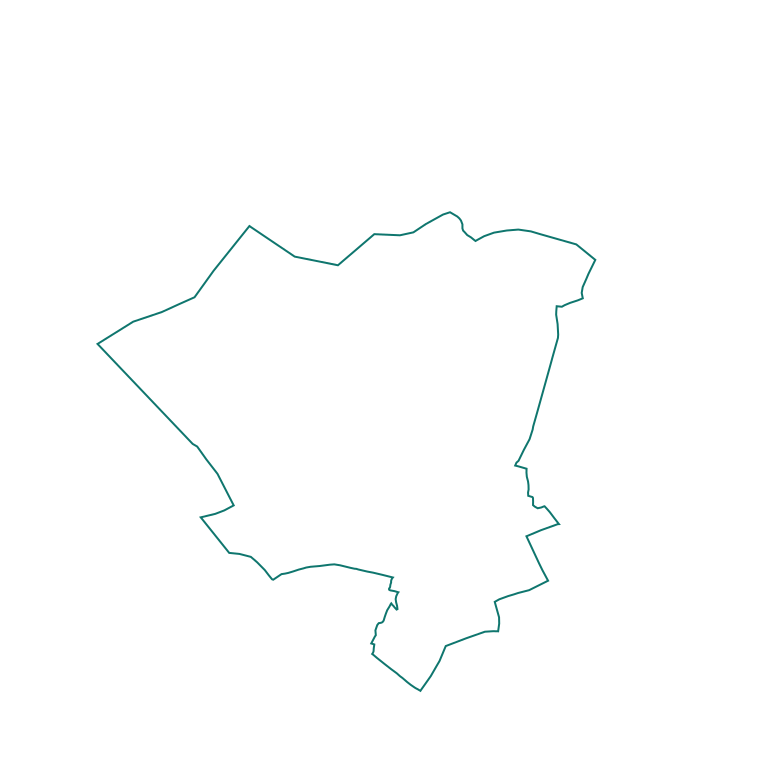 Sokoto South, Sokoto, Nigeria (Robinson projection), rotated 218°
{"feature_id": "59680162B89921626898623", "entity_name": "Sokoto South", "entity_type": "district", "adm_level": 2, "iso_a3": "NGA", "parent_name": "Nigeria", "parent_adm1": "Sokoto", "projection": "robinson", "projection_center": [5.246, 13.036], "detail": "fine", "context": "isolated", "style": "outline", "palette": "teal", "viewbox_px": 768, "rotation_deg": 218, "n_neighbors": 0, "source": "geoboundaries", "source_scale": "gbopen_adm2", "svg_char_len": 2698}
<svg xmlns="http://www.w3.org/2000/svg" viewBox="0 0 768 768"><g transform="rotate(218 384 384)"><path d="M446.3,166.1L402.0,155.6L393.3,161.1L382.5,165.8L374.2,165.4L363.4,164.0L356.9,162.3L352.0,161.2L350.8,161.6L347.7,171.1L345.3,173.6L343.2,176.1L340.3,180.2L336.9,185.3L333.9,189.2L332.3,191.5L329.3,194.8L322.7,200.9L315.4,208.3L312.1,211.3L307.0,214.1L297.0,218.6L293.5,220.3L292.0,221.3L290.1,222.0L281.7,225.9L276.5,228.6L267.8,232.6L257.9,237.0L257.9,236.3L257.9,235.6L257.7,234.6L257.2,233.3L256.8,232.7L256.4,232.3L256.0,231.5L255.7,230.6L255.4,229.8L255.0,229.1L254.5,228.3L254.2,227.7L254.0,227.1L254.0,226.4L254.1,226.1L254.0,225.9L253.8,225.6L253.4,225.1L252.7,225.1L251.9,225.3L248.3,227.2L244.5,228.7L244.5,227.7L244.3,226.8L243.7,224.3L242.4,221.7L240.0,219.4L237.1,217.2L234.8,214.9L235.2,214.0L238.2,214.5L239.7,214.9L241.5,215.1L243.2,215.6L243.2,214.8L242.7,212.2L242.2,207.7L241.1,204.1L240.0,200.9L238.6,197.3L238.6,195.3L239.4,193.9L240.9,192.3L240.9,189.9L240.1,187.5L239.1,184.6L235.8,181.0L235.7,179.3L234.3,171.7L231.3,172.8L230.7,171.8L229.4,169.5L227.7,167.0L227.2,165.5L227.1,164.0L225.4,164.0L220.8,163.8L211.2,163.7L202.7,163.7L195.8,163.9L191.5,163.6L188.6,163.7L182.5,163.4L177.7,163.4L172.8,163.7L171.2,163.9L169.7,164.2L166.4,164.6L166.5,165.9L166.8,172.5L167.3,182.6L169.0,194.6L169.7,199.9L174.0,215.5L162.7,234.2L152.0,250.9L145.8,256.4L141.8,259.4L145.7,266.1L149.7,271.0L162.6,280.5L160.6,285.3L155.6,293.3L152.1,298.2L149.7,301.8L142.7,310.9L133.6,330.0L144.5,334.8L151.5,338.2L178.0,351.7L170.2,365.6L160.8,380.5L159.9,381.3L161.1,381.6L167.0,383.1L174.4,385.1L179.1,386.0L182.2,386.5L182.7,385.9L184.0,383.6L186.4,380.7L189.7,380.2L192.0,380.3L194.0,383.0L196.4,385.9L197.4,386.3L201.5,384.7L203.7,387.2L205.1,389.9L207.9,393.3L210.5,395.9L214.3,398.8L217.2,401.9L219.5,405.0L227.0,402.0L230.4,400.5L231.2,403.6L230.7,406.3L233.2,418.0L235.3,430.1L238.8,439.6L240.3,442.4L246.7,458.1L263.0,497.6L266.7,506.5L266.9,506.9L275.3,527.4L277.1,530.1L284.1,538.1L291.0,544.6L292.9,547.2L295.8,551.6L291.4,554.4L290.2,557.3L287.3,562.5L282.8,569.2L280.1,573.9L284.3,577.5L287.1,582.7L289.3,591.5L290.7,596.7L293.9,611.9L318.4,612.4L353.3,598.2L362.2,594.7L373.2,588.4L381.8,580.5L390.5,571.0L396.1,562.1L400.0,553.0L405.8,553.1L410.1,552.6L413.9,553.3L416.1,553.6L418.0,554.9L420.5,558.1L424.0,560.2L426.6,560.9L429.4,561.1L437.7,560.0L441.8,553.9L449.5,535.8L454.2,521.6L463.0,511.0L483.9,496.1L493.4,449.2L532.8,429.4L587.3,425.6L588.0,368.4L586.7,335.7L594.4,321.2L603.4,303.9L620.0,278.7L634.4,239.2L497.9,219.0L492.7,219.7L477.6,215.2L459.9,210.7L427.7,195.8L432.0,186.1L437.0,177.8L446.3,166.1Z" fill="none" stroke="#0f766e" stroke-width="2"/></g></svg>